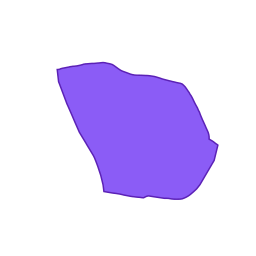 outline of Dhi Na'im, Al Bayda', Yemen, rotated 303°
{"feature_id": "15242507B90989220984962", "entity_name": "Dhi Na'im", "entity_type": "district", "adm_level": 2, "iso_a3": "YEM", "parent_name": "Yemen", "parent_adm1": "Al Bayda'", "projection": "natural_earth1", "projection_center": [45.475, 14.11], "detail": "fine", "context": "isolated", "style": "filled", "palette": "violet", "viewbox_px": 256, "rotation_deg": 303, "n_neighbors": 0, "source": "geoboundaries", "source_scale": "gbopen_adm2", "svg_char_len": 2376}
<svg xmlns="http://www.w3.org/2000/svg" viewBox="0 0 256 256"><g transform="rotate(303 128 128)"><path d="M61.6,142.4L64.9,150.1L65.7,151.8L66.5,153.4L67.3,155.2L68.1,157.0L68.8,158.9L69.3,160.3L69.4,160.7L70.3,162.9L71.2,165.1L72.0,167.1L72.9,169.1L73.8,170.8L73.9,171.1L75.1,173.5L76.3,175.7L77.2,177.7L77.7,178.6L78.0,179.1L80.6,180.6L82.2,182.1L84.1,186.4L88.8,196.7L89.2,197.3L90.2,198.9L90.9,200.1L91.3,200.9L91.3,201.0L92.3,203.3L93.3,205.2L94.0,206.3L94.2,206.7L95.4,208.5L96.7,210.4L98.1,212.0L99.7,213.2L101.6,214.4L103.5,215.4L103.7,215.5L105.4,216.2L107.2,216.8L110.3,217.7L114.3,218.7L119.6,219.2L147.7,217.9L162.6,212.7L162.7,211.4L162.7,210.6L162.8,209.1L163.0,207.1L163.0,205.2L162.9,203.4L162.9,202.0L163.5,201.7L165.2,200.5L166.6,199.2L167.9,197.7L169.1,195.9L170.1,194.3L171.2,192.6L171.4,192.3L171.9,191.6L172.2,191.1L173.3,189.4L173.8,188.6L174.4,187.7L175.5,185.9L176.6,184.3L177.8,182.5L178.8,181.1L180.3,179.1L181.2,177.4L182.3,175.8L182.6,175.4L183.5,173.7L184.4,172.0L185.3,170.4L186.5,168.4L187.5,166.8L187.8,166.3L188.5,165.1L188.6,164.9L188.8,164.5L189.4,163.4L190.1,161.6L191.0,160.0L191.7,158.2L192.6,156.1L193.6,153.6L194.1,151.4L194.4,149.5L194.0,147.6L193.3,145.9L192.5,143.8L191.9,142.0L191.1,139.9L190.5,138.0L190.3,137.5L190.1,137.1L189.8,136.1L189.2,134.3L188.5,132.2L187.8,130.0L187.3,127.9L186.7,125.8L186.1,123.7L185.5,121.9L184.6,119.9L183.6,117.7L182.7,115.9L181.7,114.3L180.6,112.4L179.5,110.5L178.2,108.4L177.0,106.5L176.0,104.7L175.1,102.5L174.5,100.7L174.4,100.1L174.1,98.8L173.6,96.5L173.1,94.4L172.7,92.6L172.4,90.6L172.4,88.5L172.4,87.9L172.5,86.3L172.6,84.5L172.6,84.3L172.7,82.5L172.7,82.3L172.7,81.1L172.7,80.7L172.7,80.4L172.3,78.9L172.2,78.5L171.7,77.1L170.9,75.2L170.2,73.2L169.3,71.4L168.1,69.9L167.0,68.6L166.6,68.1L165.8,67.0L164.5,65.4L164.1,64.9L163.3,63.8L162.3,62.3L161.6,61.4L161.0,60.6L159.9,59.2L158.9,57.9L158.8,57.7L157.4,56.1L155.9,54.9L154.4,53.5L153.1,52.2L152.1,51.2L151.9,50.9L150.7,49.5L149.6,48.0L149.0,47.4L148.0,46.2L146.7,45.0L145.4,43.6L144.0,42.2L142.5,40.6L141.2,39.4L139.8,38.5L138.7,37.1L138.5,36.8L129.6,44.1L129.0,44.6L127.5,46.7L116.5,61.6L114.8,63.9L114.7,64.2L114.4,64.6L113.5,66.0L108.5,73.6L107.1,75.7L104.2,80.0L97.9,89.6L92.0,101.8L91.9,101.9L86.0,114.0L84.7,116.2L82.3,119.6L79.5,123.4L73.4,131.0L66.8,138.0L61.6,142.4Z" fill="#8b5cf6" stroke="#5b21b6" stroke-width="1.5"/></g></svg>